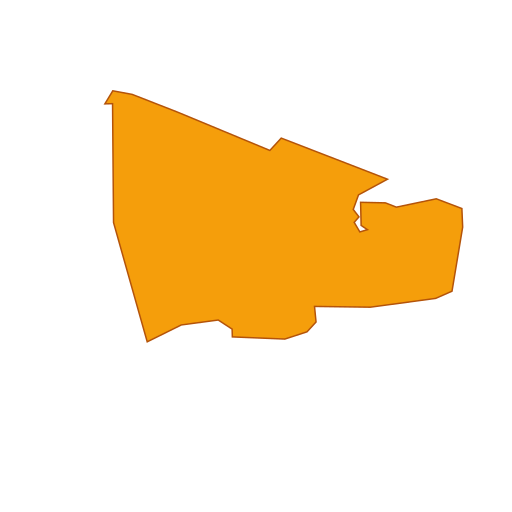 the district of Washington, Virginia, United States of America, rotated 201°
{"feature_id": "52423323B33364650574502", "entity_name": "Washington", "entity_type": "district", "adm_level": 2, "iso_a3": "USA", "parent_name": "United States of America", "parent_adm1": "Virginia", "projection": "equal_earth", "projection_center": [-82.018, 36.762], "detail": "fine", "context": "isolated", "style": "filled", "palette": "amber", "viewbox_px": 512, "rotation_deg": 201, "n_neighbors": 0, "source": "geoboundaries", "source_scale": "gbopen_adm2", "svg_char_len": 623}
<svg xmlns="http://www.w3.org/2000/svg" viewBox="0 0 512 512"><g transform="rotate(201 256 256)"><path d="M160.8,374.8L228.8,375.0L274.7,375.1L280.9,359.5L332.6,360.9L381.0,362.2L429.5,362.5L448.9,358.9L451.6,343.9L444.5,346.8L401.0,236.2L378.9,206.6L326.8,136.9L301.0,164.9L268.3,182.7L252.1,179.2L249.1,172.0L199.3,188.8L181.2,203.5L176.3,215.9L183.3,229.9L130.9,249.2L73.1,280.8L60.4,293.4L73.4,357.0L80.8,374.1L108.2,374.0L142.5,351.9L154.2,352.0L177.6,343.6L168.8,322.2L161.4,320.5L167.7,315.7L176.4,322.6L173.9,329.4L181.9,334.3L182.2,349.8L160.8,374.8Z" fill="#f59e0b" stroke="#b45309" stroke-width="1.5"/></g></svg>